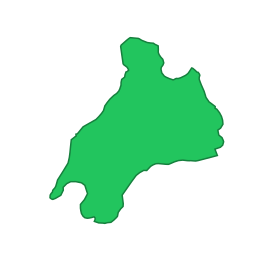 outline of Safita, Tartus, Syria, rotated 165°
{"feature_id": "27442178B1888341304206", "entity_name": "Safita", "entity_type": "district", "adm_level": 2, "iso_a3": "SYR", "parent_name": "Syria", "parent_adm1": "Tartus", "projection": "orthographic", "projection_center": [36.162, 34.812], "detail": "fine", "context": "isolated", "style": "filled", "palette": "green", "viewbox_px": 256, "rotation_deg": 165, "n_neighbors": 0, "source": "geoboundaries", "source_scale": "gbopen_adm2", "svg_char_len": 2463}
<svg xmlns="http://www.w3.org/2000/svg" viewBox="0 0 256 256"><g transform="rotate(165 128 128)"><path d="M194.2,54.3L192.8,52.4L192.3,52.2L190.7,51.4L189.0,51.1L186.1,50.9L183.8,51.0L183.1,49.6L183.3,48.4L184.7,46.5L180.8,43.9L176.7,42.6L175.1,41.9L172.5,41.9L168.9,41.3L165.4,42.8L162.5,44.4L161.2,45.3L161.0,45.5L159.3,49.0L156.0,51.8L153.1,53.5L152.2,56.1L151.0,64.7L144.1,70.5L138.4,75.3L132.4,80.1L128.2,81.9L125.8,82.5L123.8,83.0L120.9,82.1L116.1,85.1L113.5,85.9L110.4,86.3L107.9,85.8L104.1,84.4L100.6,83.1L98.2,82.4L95.9,82.7L91.9,83.3L87.7,83.5L83.4,82.8L79.4,81.2L77.8,80.7L77.5,80.6L75.8,80.2L71.2,78.6L68.8,78.4L53.9,78.3L48.8,78.3L49.5,85.1L43.7,85.5L41.0,86.9L39.2,89.9L39.2,91.2L39.7,94.4L42.1,97.6L41.8,102.7L38.6,103.9L35.3,107.1L34.6,111.1L34.7,114.9L35.6,118.9L37.3,123.1L38.8,124.5L38.2,126.2L41.3,130.2L43.0,132.3L44.8,137.5L44.8,139.3L45.0,143.9L46.1,151.0L46.5,155.1L46.6,156.9L45.9,158.9L45.1,160.0L45.0,161.3L45.8,163.6L47.0,164.2L48.1,166.2L50.1,169.0L51.0,169.5L53.5,167.2L56.0,165.1L58.9,163.9L61.5,163.4L64.1,162.9L66.7,162.8L68.6,163.4L70.2,163.1L71.3,162.8L72.1,162.9L75.7,165.3L76.6,166.1L77.7,166.9L79.5,168.7L81.1,172.5L80.9,176.4L80.0,178.1L78.0,179.7L76.6,181.6L76.6,185.3L78.0,188.0L79.0,190.9L79.2,193.3L78.3,196.3L77.6,199.5L78.6,200.4L80.6,202.1L81.0,202.7L81.5,203.3L84.3,204.3L87.3,205.6L92.0,209.1L94.1,211.3L94.9,211.9L102.5,214.7L104.3,214.1L106.8,213.0L113.2,209.8L114.0,208.6L116.1,191.3L115.7,190.2L115.1,189.4L114.5,188.7L113.2,187.0L112.6,185.1L112.5,183.6L114.2,182.8L115.1,182.6L115.5,182.6L115.6,182.4L116.3,181.4L117.2,180.0L117.6,179.0L118.1,178.0L119.3,177.5L120.2,177.1L121.2,176.7L121.5,176.6L122.9,173.8L123.2,172.7L123.7,171.1L124.5,169.9L125.7,168.0L126.8,166.7L127.3,166.1L130.0,164.3L133.3,163.1L136.1,161.6L138.1,160.5L141.6,157.9L142.8,156.9L143.1,156.6L144.6,155.4L146.7,151.9L147.2,151.1L149.7,149.0L153.3,146.5L156.7,144.5L164.4,142.5L171.0,140.8L178.4,135.5L179.9,135.5L180.1,133.8L184.5,131.9L185.8,131.4L188.5,124.4L190.4,119.3L192.3,114.7L195.0,109.6L197.4,107.3L201.7,103.2L209.5,96.0L210.9,93.6L212.8,90.5L214.0,89.2L216.7,87.4L217.3,86.4L217.7,85.5L219.2,84.7L220.0,83.8L220.5,83.4L221.4,80.8L220.8,79.9L220.1,79.1L219.1,78.5L216.2,78.8L213.7,79.5L210.3,80.4L206.6,84.7L206.0,87.5L201.6,90.1L197.3,91.0L192.3,89.7L187.1,87.1L184.5,83.8L184.1,75.0L188.6,70.1L191.7,67.9L193.7,66.5L194.7,62.8L195.0,60.0L195.1,57.4L194.2,54.3Z" fill="#22c55e" stroke="#15803d" stroke-width="1.5"/></g></svg>